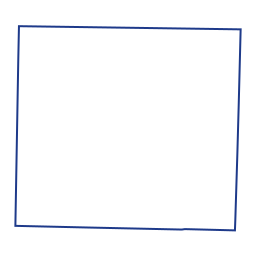 the district of Rockwall, Texas, United States of America, rotated 181°
{"feature_id": "52423323B26615713613896", "entity_name": "Rockwall", "entity_type": "district", "adm_level": 2, "iso_a3": "USA", "parent_name": "United States of America", "parent_adm1": "Texas", "projection": "robinson", "projection_center": [-96.442, 32.898], "detail": "fine", "context": "isolated", "style": "outline", "palette": "blue", "viewbox_px": 256, "rotation_deg": 181, "n_neighbors": 0, "source": "geoboundaries", "source_scale": "gbopen_adm2", "svg_char_len": 295}
<svg xmlns="http://www.w3.org/2000/svg" viewBox="0 0 256 256"><g transform="rotate(181 128 128)"><path d="M19.3,27.5L19.1,37.8L18.2,105.1L17.7,153.7L17.1,228.6L238.8,227.9L238.9,195.1L238.9,28.2L165.4,27.8L72.4,27.4L69.4,27.9L19.3,27.5Z" fill="none" stroke="#1e3a8a" stroke-width="2"/></g></svg>